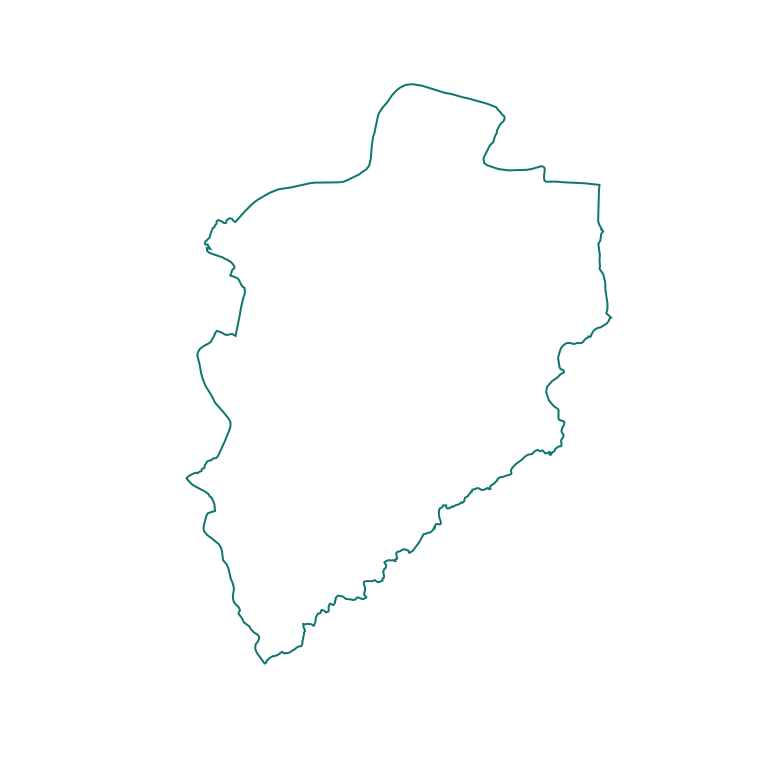 outline of Ziro, Ziro, Burkina Faso, rotated 103°
{"feature_id": "67063806B63771125198412", "entity_name": "Ziro", "entity_type": "district", "adm_level": 2, "iso_a3": "BFA", "parent_name": "Burkina Faso", "parent_adm1": "Ziro", "projection": "orthographic", "projection_center": [-1.788, 11.64], "detail": "fine", "context": "isolated", "style": "outline", "palette": "teal", "viewbox_px": 768, "rotation_deg": 103, "n_neighbors": 0, "source": "geoboundaries", "source_scale": "gbopen_adm2", "svg_char_len": 6148}
<svg xmlns="http://www.w3.org/2000/svg" viewBox="0 0 768 768"><g transform="rotate(103 384 384)"><path d="M141.5,218.8L143.2,233.1L147.2,255.2L147.9,260.9L150.4,271.4L149.8,273.3L147.7,274.3L144.3,275.0L139.5,275.4L137.4,276.3L136.6,277.2L136.3,279.5L141.3,288.5L143.2,293.1L147.8,310.5L148.8,320.9L147.7,332.6L146.1,336.2L144.9,336.3L143.2,337.4L141.2,337.8L127.6,334.5L123.9,332.0L117.5,331.6L114.1,330.6L111.6,331.0L105.6,329.4L103.1,328.3L101.3,326.8L98.5,326.1L96.2,327.0L94.6,330.0L93.8,330.5L90.7,335.3L89.1,336.8L87.7,346.5L86.8,366.6L86.9,371.8L86.3,382.6L86.6,390.2L84.8,414.2L85.5,423.8L86.6,427.2L87.8,430.2L89.6,432.6L91.8,435.2L95.0,437.8L100.8,441.1L108.7,444.2L115.5,447.8L121.0,449.8L123.6,450.2L141.9,449.8L145.2,450.2L154.5,449.5L167.5,447.5L174.5,447.6L178.5,449.3L183.2,453.7L185.2,455.1L193.8,465.8L196.2,469.3L197.7,473.6L203.6,497.6L205.3,501.9L213.1,518.2L218.0,530.5L223.5,538.5L231.5,547.1L234.8,550.2L238.4,553.0L247.3,558.6L259.5,565.2L259.1,567.2L257.2,569.4L257.2,571.3L258.0,572.8L260.1,574.2L262.4,574.2L262.9,574.5L263.1,576.5L262.3,577.8L261.5,582.3L263.0,583.7L265.7,583.2L267.4,584.4L269.3,584.5L270.7,585.9L276.3,586.8L280.6,586.8L285.6,590.3L286.9,590.3L288.2,589.4L288.3,588.6L287.8,587.2L288.5,586.9L291.4,583.7L291.4,587.2L294.2,586.2L295.6,583.2L297.0,569.3L297.9,567.3L298.1,564.5L298.9,563.1L299.1,561.5L300.6,559.0L302.6,556.8L303.6,556.0L304.2,556.0L305.0,556.0L306.7,557.4L312.8,558.1L313.8,550.8L315.1,548.9L320.6,544.4L321.7,541.5L325.7,540.2L327.6,540.0L332.1,540.5L341.9,540.5L349.8,540.0L370.5,539.5L369.3,543.4L371.3,547.3L371.7,549.5L370.2,554.8L369.8,558.8L371.8,559.8L376.2,560.5L379.8,561.8L381.0,561.7L383.7,563.7L387.9,568.6L391.5,571.5L395.5,572.5L398.4,572.2L406.2,568.2L414.0,564.9L420.1,561.6L426.1,557.4L433.7,549.8L440.3,544.3L447.1,534.7L452.7,527.6L455.6,525.1L458.9,524.2L462.1,524.1L476.6,526.4L491.2,529.5L493.6,530.5L495.1,533.7L497.5,535.7L498.3,537.8L499.6,539.0L500.5,539.1L503.1,540.3L506.4,540.2L507.8,542.3L509.9,542.3L511.4,544.5L512.8,545.4L512.8,547.6L515.7,551.6L516.7,552.3L517.4,553.5L520.4,555.2L524.8,549.0L526.3,544.7L529.1,533.8L530.9,530.1L532.7,528.6L533.1,527.2L534.4,525.5L535.5,525.2L536.8,523.8L539.5,522.1L545.7,520.1L549.4,526.4L552.0,527.4L562.7,527.7L565.3,527.3L567.7,526.4L570.8,522.6L573.0,517.4L577.3,508.8L580.2,506.1L582.6,504.6L585.6,503.4L591.8,501.3L595.2,496.6L599.5,493.7L608.2,489.5L612.4,486.4L617.3,484.1L624.5,483.6L628.0,482.5L630.3,481.0L632.6,478.1L634.2,475.4L635.9,474.0L637.0,473.5L639.1,474.1L640.9,473.8L643.3,470.6L647.8,466.8L650.4,460.8L652.4,459.0L655.2,455.2L656.7,450.7L658.4,448.7L660.7,448.4L663.4,449.0L666.3,450.4L669.0,450.3L671.1,449.8L674.5,447.4L683.2,437.5L681.9,436.0L679.9,436.0L676.5,433.5L674.2,431.2L673.9,429.6L672.4,427.6L672.4,427.0L668.1,423.3L668.0,422.5L668.8,421.1L668.8,420.0L668.2,419.2L668.1,417.8L667.1,415.9L662.5,411.3L660.4,409.8L659.0,408.3L658.2,405.8L656.6,405.2L654.3,405.2L653.2,405.7L650.9,405.4L648.5,405.8L646.1,405.5L644.4,406.1L642.4,405.4L638.4,407.9L636.0,408.7L636.1,407.2L634.9,404.8L634.4,400.5L635.5,398.2L635.0,397.8L631.3,397.3L626.6,397.9L623.2,396.9L622.6,396.5L621.4,394.6L620.6,394.2L618.9,394.3L618.0,393.6L618.5,390.9L619.6,389.0L618.3,387.2L617.5,386.8L614.0,387.8L610.7,387.6L610.1,386.6L610.8,383.8L610.2,383.2L607.9,382.5L606.2,382.9L605.4,382.6L603.3,382.8L601.1,381.8L600.6,381.1L600.3,376.4L602.0,372.7L601.4,368.7L601.5,365.5L600.6,363.7L598.1,362.3L597.8,360.7L598.5,356.4L596.6,353.6L595.6,353.3L594.6,355.0L593.4,355.9L592.2,356.3L589.2,356.0L585.5,357.2L583.9,358.5L581.9,359.1L581.0,358.7L580.3,357.4L578.6,350.8L577.2,349.0L578.4,345.7L578.0,344.0L575.7,341.2L574.0,341.8L572.7,340.5L571.6,340.6L566.8,342.6L564.0,342.0L562.7,341.0L561.6,340.8L559.7,341.4L558.0,343.4L557.2,343.3L555.7,341.6L554.5,339.6L554.4,337.3L553.5,335.3L554.2,333.6L553.8,332.9L552.8,333.5L552.1,333.2L551.2,331.9L547.8,333.5L545.9,334.0L544.3,332.9L543.6,331.0L540.8,328.1L540.4,326.6L540.9,322.7L542.7,321.7L542.7,321.1L540.2,318.5L530.3,314.1L521.6,311.7L521.0,311.1L520.7,309.9L519.0,307.4L518.4,305.7L516.6,304.3L514.6,303.4L513.6,302.2L512.4,302.9L512.0,302.1L509.5,302.2L508.8,301.7L508.4,300.8L508.3,298.2L508.0,297.7L507.1,297.3L505.9,297.4L501.4,300.2L496.6,301.7L494.2,301.9L492.7,301.6L491.4,300.0L490.6,299.4L489.0,299.2L488.3,296.1L489.5,295.9L491.1,294.2L491.1,293.7L490.0,292.6L489.7,291.6L487.8,290.0L488.2,289.2L485.6,286.5L484.7,284.2L481.9,282.0L482.2,281.1L481.3,280.1L480.1,279.5L476.6,279.5L474.3,277.0L472.5,276.6L470.6,275.2L469.6,275.1L469.2,274.2L467.4,274.3L466.5,273.3L466.4,272.2L464.7,270.2L464.3,268.9L465.3,264.7L465.1,263.9L463.5,261.3L462.0,259.7L462.0,259.1L462.7,258.6L462.9,257.7L462.0,256.7L460.3,257.4L458.9,257.0L456.1,254.1L454.4,253.4L453.1,252.2L451.3,252.0L450.3,251.4L448.2,249.2L448.2,247.8L445.3,243.5L444.0,240.7L442.6,239.7L440.5,240.6L438.7,240.8L436.5,240.0L432.6,237.7L426.8,232.7L422.8,230.1L420.4,227.6L418.9,223.9L416.4,222.7L414.3,220.5L413.6,219.4L414.3,217.5L414.2,216.4L413.2,215.0L413.1,214.2L415.3,211.5L415.0,210.1L412.9,207.4L413.2,207.1L415.4,206.9L415.5,205.7L415.2,205.3L413.2,205.0L411.4,203.0L408.9,202.5L407.1,201.1L405.7,199.9L405.0,197.8L404.3,197.3L403.1,197.4L399.1,198.8L395.1,197.3L393.2,197.6L390.8,200.2L389.2,200.6L385.5,200.3L383.7,199.4L380.9,199.5L380.1,200.3L379.5,205.0L378.8,206.0L377.8,206.4L370.3,208.0L369.5,208.7L368.6,210.3L367.5,213.5L362.7,219.7L355.8,224.0L354.5,224.3L349.9,224.4L343.3,220.8L338.1,216.1L335.7,214.9L332.2,211.3L331.3,211.4L330.5,212.1L329.8,213.9L329.9,215.1L328.4,216.6L319.4,220.3L311.1,219.9L308.2,219.3L305.1,217.3L303.0,215.1L302.1,212.0L302.4,208.5L301.9,207.0L300.3,204.6L300.1,202.4L299.5,200.6L297.9,199.4L294.9,197.9L292.5,195.7L291.7,195.6L291.7,193.5L285.7,192.1L283.6,190.9L280.9,187.8L280.2,185.8L275.1,180.7L272.3,179.3L269.5,178.9L268.2,177.7L265.1,183.3L261.1,183.1L255.6,184.3L240.3,190.2L238.1,190.4L234.6,191.6L228.0,194.9L223.1,200.0L220.7,200.0L215.2,201.8L209.8,202.7L199.4,206.6L195.3,205.5L188.8,206.1L185.9,204.8L184.5,207.2L183.7,206.9L180.5,210.0L177.2,212.0L147.0,218.1L141.5,218.8Z" fill="none" stroke="#0f766e" stroke-width="2"/></g></svg>